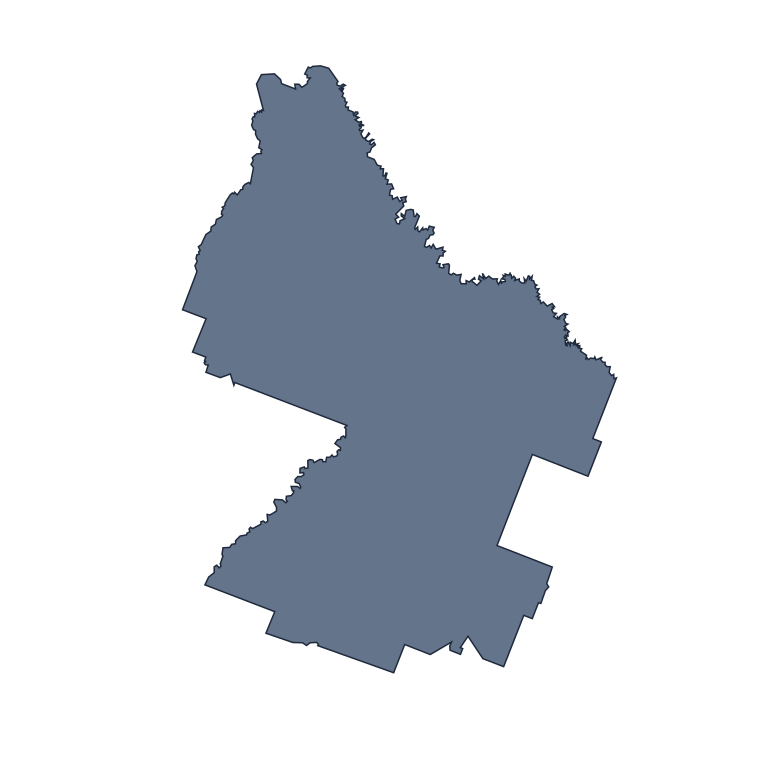 outline of Campaspe, Victoria, Australia, rotated 21°
{"feature_id": "25037944B18187162419032", "entity_name": "Campaspe", "entity_type": "district", "adm_level": 2, "iso_a3": "AUS", "parent_name": "Australia", "parent_adm1": "Victoria", "projection": "orthographic", "projection_center": [144.612, -36.323], "detail": "fine", "context": "isolated", "style": "filled", "palette": "slate", "viewbox_px": 768, "rotation_deg": 21, "n_neighbors": 0, "source": "geoboundaries", "source_scale": "gbopen_adm2", "svg_char_len": 6170}
<svg xmlns="http://www.w3.org/2000/svg" viewBox="0 0 768 768"><g transform="rotate(21 384 384)"><path d="M232.7,118.1L219.2,109.0L210.8,109.7L203.5,113.1L202.3,115.2L199.7,115.3L198.9,123.0L201.5,123.1L202.5,125.7L205.5,124.7L204.1,128.9L204.8,131.1L201.0,136.5L197.3,134.6L193.3,136.1L195.7,140.3L180.8,140.3L178.3,136.8L170.6,133.7L158.7,139.1L157.5,149.7L173.4,171.8L171.6,172.0L172.2,174.0L170.3,173.3L170.3,175.1L168.4,174.7L167.9,177.4L166.1,177.8L167.6,180.7L166.2,181.3L165.8,183.8L167.4,185.6L167.7,189.9L171.1,193.3L173.3,193.4L174.6,196.9L178.0,200.3L181.3,201.5L182.4,208.3L186.1,209.0L185.6,210.8L187.0,212.7L182.6,214.9L179.9,219.9L181.9,222.3L181.2,226.6L184.6,228.8L187.5,244.9L185.5,244.3L182.6,247.5L181.6,250.5L182.4,252.9L180.7,253.9L179.2,260.1L175.8,258.5L175.6,260.3L174.0,260.0L172.6,262.5L170.8,271.6L171.5,274.8L169.6,277.0L171.3,277.7L170.6,280.8L171.4,283.8L172.9,284.1L172.6,286.0L168.6,290.5L169.3,295.3L166.4,299.4L167.5,303.4L164.2,308.2L163.4,319.3L161.5,322.4L164.6,325.3L163.6,326.8L164.9,329.1L163.0,330.5L163.6,334.4L165.7,336.5L165.1,341.3L169.1,346.1L169.3,386.9L194.5,386.8L193.8,422.8L208.0,422.7L208.1,426.6L209.4,426.9L208.4,428.5L210.2,430.0L213.1,429.3L213.6,436.9L228.9,436.7L237.0,429.7L244.3,439.0L244.2,436.1L364.3,436.0L362.8,438.6L364.7,439.8L367.2,446.8L367.1,448.2L365.0,447.0L363.0,448.9L363.2,451.3L360.7,452.6L359.5,457.2L366.2,459.0L367.0,461.5L365.2,461.7L364.3,463.7L366.0,466.5L365.5,468.3L362.9,470.1L360.9,468.9L359.7,471.8L356.7,473.0L357.5,477.4L354.7,478.4L353.6,476.7L351.3,477.3L346.9,482.4L344.9,480.6L341.9,481.1L340.3,482.8L343.1,489.6L340.5,491.2L339.3,490.0L335.8,492.9L337.4,497.2L340.7,495.6L341.7,497.3L339.9,500.1L336.7,501.3L335.1,505.0L336.4,507.5L340.4,507.4L343.2,510.0L343.0,511.6L340.0,510.7L334.0,512.9L336.8,516.6L338.1,516.1L338.5,518.2L337.3,521.5L333.1,523.8L334.1,527.3L335.8,528.2L334.9,530.0L330.8,528.6L323.5,530.8L323.4,533.7L327.9,537.7L329.1,541.2L324.5,547.1L321.6,547.6L324.7,553.9L323.0,556.0L320.5,555.2L318.5,556.7L319.3,559.0L313.2,566.1L310.7,565.6L310.0,567.7L311.7,570.1L309.6,572.3L309.8,574.1L304.2,577.5L301.6,583.4L302.6,586.4L299.3,588.2L298.5,591.9L292.4,594.6L293.9,601.3L295.3,602.4L295.6,610.7L297.1,612.3L296.0,614.7L292.8,613.1L291.0,615.5L293.1,621.0L289.5,627.0L288.8,635.7L363.6,635.7L363.1,659.0L391.6,658.0L400.6,654.8L405.4,655.9L407.7,652.1L413.7,649.4L416.2,650.7L415.9,652.0L496.5,650.1L496.7,619.8L524.1,620.0L539.5,600.7L539.3,605.0L541.1,608.9L552.3,609.0L552.3,602.8L549.7,602.8L552.8,589.4L574.8,605.0L597.0,605.0L597.4,549.9L606.5,549.9L606.6,532.9L609.1,532.6L608.7,519.1L610.5,514.4L607.5,512.2L606.7,494.6L547.4,494.3L547.5,448.9L547.8,396.6L607.5,397.0L607.7,360.2L598.5,360.1L598.8,295.0L596.8,296.7L595.0,292.7L593.5,294.6L590.0,292.5L589.0,286.8L585.8,287.9L583.5,286.8L582.7,284.5L580.2,285.2L577.2,283.2L578.2,280.7L573.4,285.5L571.1,283.2L571.1,285.0L567.6,285.7L566.2,287.9L564.0,286.7L563.6,289.1L562.8,284.6L555.6,282.9L555.9,280.2L553.7,280.5L553.2,278.8L552.1,281.2L552.2,278.4L550.1,279.3L550.9,276.8L547.4,279.2L548.0,277.0L546.7,274.5L546.0,278.4L542.9,278.3L544.0,281.4L540.7,278.7L540.0,280.7L541.3,282.6L539.9,282.8L537.7,278.9L539.5,277.1L537.7,276.0L537.8,274.0L536.6,276.6L535.6,275.7L536.0,273.2L538.6,273.2L537.0,270.1L538.2,268.8L534.2,267.2L534.1,269.0L532.8,269.0L533.2,266.0L531.7,265.6L534.2,262.2L532.1,262.3L528.8,259.3L529.6,256.6L528.3,255.4L529.9,253.5L526.9,253.6L523.9,258.0L524.4,260.1L521.9,259.1L522.8,261.2L518.2,260.3L519.6,256.3L516.6,257.0L513.9,254.5L515.4,252.8L513.6,252.0L515.6,250.8L512.1,248.6L508.4,252.8L503.4,250.3L501.5,252.7L500.0,249.9L497.5,250.0L498.2,247.2L495.3,247.6L497.1,244.4L494.0,243.5L494.5,239.5L492.0,240.8L490.0,238.8L491.3,236.9L489.0,236.8L486.6,233.9L484.6,234.5L483.7,230.3L482.3,234.0L481.3,231.3L480.0,231.3L479.9,237.0L477.1,235.3L479.3,239.2L476.5,240.3L473.6,239.5L472.6,237.4L468.9,240.5L468.9,238.1L466.5,236.9L465.3,239.5L463.7,236.6L462.1,236.5L462.1,234.5L461.6,237.7L457.7,237.9L458.7,239.7L456.3,239.9L457.4,241.0L456.1,243.7L459.5,243.0L460.6,244.9L457.5,246.4L457.7,248.4L455.9,245.6L455.2,250.0L452.3,247.4L452.2,245.2L447.4,247.1L443.2,245.7L441.1,249.0L436.2,245.4L439.4,250.1L434.3,248.7L434.7,252.4L437.8,252.8L435.4,258.6L429.3,256.5L429.1,254.5L431.3,253.5L430.3,252.3L427.0,258.2L423.6,258.0L424.8,261.0L419.9,262.7L417.6,259.9L416.7,254.0L412.9,256.3L409.2,255.7L407.5,258.1L404.7,257.5L402.5,249.6L401.0,248.7L396.3,251.5L398.3,253.7L397.5,254.6L393.7,255.0L393.3,251.7L389.8,252.5L390.2,244.4L393.3,243.3L392.3,240.6L393.7,238.1L390.5,238.1L390.1,235.1L384.1,239.5L379.9,236.0L379.2,240.2L376.9,238.4L374.9,241.1L372.5,241.1L371.6,233.9L373.4,232.1L373.6,228.5L376.2,227.1L376.7,225.1L374.4,222.9L374.8,219.7L369.7,220.4L369.6,224.7L367.4,223.9L365.3,226.1L364.2,224.3L362.6,229.2L360.7,228.8L359.2,225.4L357.7,228.5L356.6,227.4L356.8,214.6L353.6,213.2L353.4,216.4L352.1,216.8L348.9,211.0L346.4,211.4L342.5,213.9L343.2,220.0L339.1,218.7L339.8,220.9L344.2,222.2L340.5,225.8L341.1,229.0L338.8,229.6L335.2,226.1L337.9,223.0L334.1,221.2L338.7,210.7L336.5,208.1L339.4,205.8L337.6,203.6L337.7,201.1L332.9,204.1L335.0,206.0L333.2,208.0L329.4,204.7L325.8,208.5L324.2,205.3L321.4,205.7L320.4,200.0L323.0,198.3L319.4,194.5L315.2,196.4L314.9,192.0L311.7,191.9L311.3,186.2L310.2,186.3L310.1,189.5L308.4,190.1L306.4,183.2L303.4,184.5L303.2,181.7L299.3,182.1L294.3,177.8L287.2,177.8L285.5,174.2L287.8,172.4L287.7,168.0L290.2,163.8L288.2,162.0L286.3,165.3L284.6,165.0L284.7,162.2L286.8,159.7L285.3,159.7L282.6,163.2L279.4,162.7L278.8,161.1L280.9,155.6L279.8,155.1L279.0,159.5L277.5,161.9L275.9,161.5L272.8,158.8L273.4,154.5L270.7,156.3L269.6,155.4L270.8,153.1L270.2,151.1L272.8,149.7L270.5,149.7L268.9,152.1L267.8,150.9L269.5,148.4L268.7,147.1L266.4,148.7L262.4,147.6L265.1,144.2L260.8,144.1L262.7,140.8L262.0,139.6L259.8,140.3L259.1,143.5L257.6,141.1L252.2,141.0L251.5,138.2L249.2,139.2L248.1,137.8L248.4,134.2L246.5,134.3L245.1,131.4L241.8,130.5L242.0,127.2L240.0,126.0L240.3,122.5L238.7,122.7L238.8,125.6L236.4,124.4L240.9,119.0L238.4,118.7L236.3,121.6L233.3,121.8L232.1,120.2L232.7,118.1Z" fill="#64748b" stroke="#1e293b" stroke-width="1.5"/></g></svg>